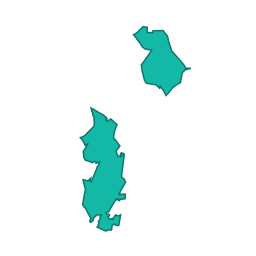 Nejapa de Madero, Oaxaca, Mexico, rotated 144°
{"feature_id": "50627088B21125637021022", "entity_name": "Nejapa de Madero", "entity_type": "district", "adm_level": 2, "iso_a3": "MEX", "parent_name": "Mexico", "parent_adm1": "Oaxaca", "projection": "mercator", "projection_center": [-95.677, 16.669], "detail": "fine", "context": "isolated", "style": "filled", "palette": "teal", "viewbox_px": 256, "rotation_deg": 144, "n_neighbors": 0, "source": "geoboundaries", "source_scale": "gbopen_adm2", "svg_char_len": 5349}
<svg xmlns="http://www.w3.org/2000/svg" viewBox="0 0 256 256"><g transform="rotate(144 128 128)"><path d="M201.9,54.8L201.4,55.3L201.2,55.4L200.8,55.5L200.7,55.8L200.6,56.1L200.3,56.4L199.8,56.7L198.1,58.5L197.7,58.6L197.1,58.6L196.6,58.5L196.1,58.4L195.7,58.3L195.6,58.0L195.4,57.5L195.3,57.2L195.0,56.6L194.5,56.0L194.2,55.4L193.8,55.1L193.3,55.0L193.0,54.9L192.4,54.9L185.0,62.1L187.4,62.4L187.7,62.8L188.2,63.3L188.3,63.5L188.5,64.2L188.6,64.4L188.7,64.7L189.0,64.8L189.4,64.7L189.8,64.8L190.0,64.8L190.4,64.7L190.6,64.4L190.8,64.2L191.1,64.0L191.3,64.0L191.6,64.0L191.9,64.0L192.0,63.9L192.1,63.7L192.4,63.6L192.7,63.6L193.2,63.8L193.6,63.9L193.9,63.7L193.9,63.0L194.1,62.9L194.3,63.5L194.5,64.1L194.7,64.4L195.3,64.5L195.5,64.6L196.2,64.8L196.5,65.0L196.7,65.3L196.8,65.5L196.8,65.8L196.8,66.6L196.7,66.9L196.7,67.2L196.5,67.7L196.5,67.8L196.2,67.9L195.9,67.7L195.8,67.9L195.6,67.9L195.4,67.8L194.2,68.3L194.1,68.6L194.0,69.0L194.1,69.4L194.3,69.6L195.2,70.4L195.5,70.6L196.0,70.8L196.1,71.1L196.0,71.3L195.9,71.5L195.7,71.8L195.8,72.0L195.7,72.2L195.4,72.3L194.5,72.1L194.2,72.1L193.8,72.0L193.4,71.8L193.0,71.6L179.9,77.4L179.7,77.4L179.3,77.1L179.3,76.9L179.1,77.1L178.4,76.9L177.9,76.8L178.0,76.5L177.9,76.3L177.9,76.2L178.1,76.0L178.2,75.8L178.0,75.6L178.1,75.4L177.8,74.9L177.9,74.7L177.9,74.4L177.6,74.2L176.5,74.7L176.2,75.1L175.9,74.9L175.6,74.5L174.5,73.7L173.4,73.5L172.7,72.8L171.8,72.5L171.3,73.2L171.0,73.5L170.8,74.1L170.5,74.5L170.0,74.9L169.2,75.6L169.0,76.0L169.9,76.7L170.4,77.3L171.0,77.1L171.4,77.4L171.8,77.8L172.4,78.1L172.8,78.3L173.1,78.4L173.3,78.5L173.5,78.7L173.4,78.8L173.5,78.8L173.9,79.0L174.0,79.1L174.3,79.2L174.5,79.4L174.6,79.7L161.8,85.6L161.6,86.0L161.8,86.9L161.7,87.2L161.4,87.3L161.3,87.7L161.3,88.2L161.4,88.6L161.1,89.1L161.1,89.4L161.4,90.1L161.7,90.6L161.7,90.8L161.7,91.3L161.9,91.4L161.9,92.0L162.0,92.0L162.0,92.4L156.0,98.8L147.1,108.2L147.3,108.2L147.4,108.3L147.8,108.3L148.0,108.3L148.6,108.5L148.0,108.6L147.8,108.7L147.1,108.9L147.0,109.0L146.7,109.3L146.6,109.7L147.0,110.3L147.2,110.7L147.4,111.1L147.4,111.3L147.6,111.5L147.8,111.7L148.0,111.8L148.9,111.4L149.1,111.5L149.3,111.4L149.6,111.3L149.7,111.1L149.8,110.8L149.6,110.3L149.6,110.2L149.5,109.8L149.5,109.5L149.7,109.4L149.9,109.2L150.0,109.1L150.3,108.9L150.6,108.8L150.8,108.8L150.8,109.4L150.9,109.5L151.0,109.8L151.2,110.1L151.4,110.2L151.6,110.2L151.9,110.5L152.4,110.8L152.8,110.8L151.4,116.2L145.1,118.2L145.2,126.7L145.6,128.5L144.4,129.8L140.6,133.4L134.9,137.2L136.6,145.4L141.0,145.7L141.2,145.9L141.3,146.2L141.3,146.4L141.3,146.7L141.0,146.8L140.9,147.0L140.8,147.8L140.3,147.9L140.2,147.9L140.0,147.7L139.9,147.6L139.5,147.9L139.4,148.1L139.7,148.4L139.7,148.6L139.6,148.8L139.4,149.3L139.3,149.6L139.5,149.9L140.0,150.6L140.1,152.3L140.2,152.8L140.7,154.0L142.4,157.3L142.8,158.2L143.1,159.3L143.5,160.1L144.6,162.8L146.0,165.5L146.1,165.8L147.5,162.8L147.6,161.1L148.5,159.9L149.0,158.9L149.1,157.0L152.8,151.2L154.2,149.8L155.0,149.3L158.6,148.8L160.7,148.4L162.8,148.1L166.8,147.4L168.6,147.3L172.3,148.2L172.0,146.2L171.9,144.7L172.9,139.1L169.1,138.9L178.1,135.2L181.1,130.1L181.4,127.0L180.4,125.8L177.0,120.7L175.8,120.9L174.1,119.9L174.0,119.0L174.6,118.4L174.7,118.2L174.4,118.1L172.3,117.8L171.4,117.6L170.9,116.9L171.6,116.9L173.6,115.4L174.8,114.9L175.2,114.8L175.6,114.5L175.9,114.5L177.1,113.6L189.3,106.0L189.5,105.9L189.5,106.1L190.0,107.2L189.7,107.4L187.6,109.3L189.7,109.1L189.8,108.8L190.0,108.6L190.5,108.6L190.9,108.8L191.2,109.0L191.5,109.1L191.8,109.0L192.0,109.2L192.2,109.4L192.4,109.6L192.6,109.8L192.8,110.0L192.9,110.7L193.1,111.0L193.8,111.4L194.1,111.5L194.5,112.6L194.8,112.6L195.0,112.3L198.7,103.0L201.9,100.4L204.0,98.3L209.9,92.5L209.9,89.4L209.5,88.7L211.1,77.3L213.2,75.3L214.0,74.9L213.9,74.6L213.5,74.1L213.3,73.8L213.4,73.6L213.1,73.5L212.9,73.6L211.8,73.8L211.7,73.7L211.4,73.5L211.0,73.6L210.8,73.8L210.1,74.1L210.1,74.3L210.0,74.8L209.5,74.8L209.3,74.9L209.1,75.3L208.9,75.4L208.7,75.7L208.4,75.8L208.1,75.7L207.9,75.5L207.8,75.4L207.7,75.4L207.2,75.7L206.9,75.8L206.7,75.8L205.9,75.6L205.8,76.0L205.0,76.3L204.8,76.4L204.6,76.2L204.4,75.9L203.9,75.5L203.2,75.2L202.9,75.1L202.7,75.0L202.3,74.6L202.1,74.3L202.0,74.1L201.7,73.8L201.5,73.7L201.1,73.7L200.5,73.4L200.6,73.2L200.8,73.2L201.0,73.1L201.4,72.9L201.7,72.7L202.2,72.7L202.7,72.6L203.0,72.3L203.1,72.1L203.5,71.6L203.7,71.3L203.8,71.0L204.0,70.8L204.2,70.6L204.4,70.4L204.8,70.2L205.3,70.2L206.3,70.0L206.7,69.8L207.4,69.1L207.5,68.6L207.6,68.2L208.0,67.6L208.3,67.4L208.6,67.2L209.0,67.2L209.3,66.7L209.5,66.6L209.9,66.4L209.9,66.2L210.0,66.0L210.3,66.1L210.5,66.1L210.3,65.7L210.5,65.4L211.0,65.5L206.8,58.0L206.5,58.0L206.3,58.0L206.0,57.8L205.9,57.6L205.7,57.4L205.3,57.3L205.1,57.3L204.5,57.1L203.9,56.9L203.0,56.8L202.8,56.6L202.6,56.4L202.1,55.9L201.9,55.6L201.8,55.0L201.9,54.8ZM78.1,131.9L74.1,132.7L73.1,132.9L68.4,134.4L62.1,134.4L59.1,133.8L51.2,141.0L50.0,141.0L47.4,141.4L42.0,139.3L46.1,142.4L45.7,145.8L46.2,152.9L46.8,159.1L47.4,164.4L43.8,175.4L42.7,177.4L42.0,179.7L42.3,181.7L42.3,186.2L50.7,192.0L51.7,190.4L56.4,194.0L53.2,198.2L56.4,201.2L62.9,200.0L67.2,199.8L68.6,200.3L68.4,189.9L68.7,185.5L67.8,182.0L63.1,176.9L76.1,172.5L80.1,171.2L82.6,166.8L86.7,156.7L86.7,153.3L80.0,146.5L79.0,141.6L77.4,142.9L77.3,137.9L78.1,131.9Z" fill="#14b8a6" stroke="#0f766e" stroke-width="1.5"/></g></svg>